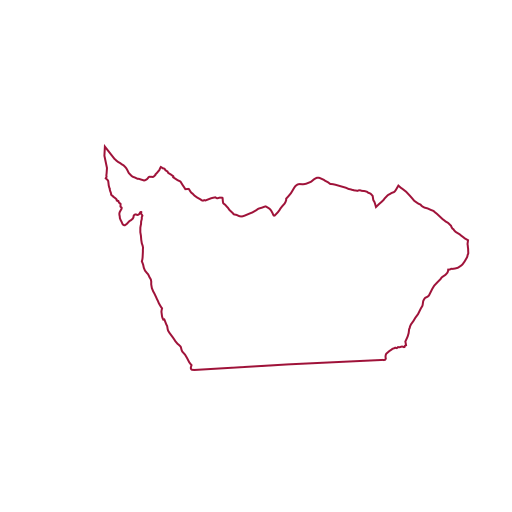 Cuìtiva, Boyacá, Colombia (Natural Earth projection), rotated 29°
{"feature_id": "7082276B99852494117570", "entity_name": "Cuìtiva", "entity_type": "district", "adm_level": 2, "iso_a3": "COL", "parent_name": "Colombia", "parent_adm1": "Boyacá", "projection": "natural_earth1", "projection_center": [-72.954, 5.587], "detail": "fine", "context": "isolated", "style": "outline", "palette": "rose", "viewbox_px": 512, "rotation_deg": 29, "n_neighbors": 0, "source": "geoboundaries", "source_scale": "gbopen_adm2", "svg_char_len": 6139}
<svg xmlns="http://www.w3.org/2000/svg" viewBox="0 0 512 512"><g transform="rotate(29 256 256)"><path d="M440.4,150.9L440.0,150.1L439.6,149.5L438.0,146.8L437.3,145.9L436.0,144.0L435.2,143.0L433.8,139.4L430.0,139.4L428.5,139.1L425.5,138.7L423.6,138.3L420.5,138.2L418.8,138.1L416.8,137.5L415.8,136.9L414.5,136.8L413.3,136.1L412.7,135.7L411.9,135.0L411.6,134.9L410.7,134.7L408.3,134.0L407.3,133.9L405.1,133.9L403.6,133.6L401.3,133.3L397.4,132.3L393.8,131.4L390.7,130.9L389.9,130.6L388.8,130.6L386.9,130.9L383.0,131.2L381.4,131.6L379.9,132.0L377.7,132.0L376.8,131.9L375.9,131.7L375.2,131.3L374.7,131.3L372.8,131.5L371.3,131.4L367.6,131.0L364.5,129.8L361.1,128.6L356.1,127.0L351.6,126.3L349.5,126.1L346.4,125.4L346.3,130.3L346.1,132.1L345.7,133.2L344.0,135.2L343.0,137.0L342.1,138.3L341.7,139.2L340.6,143.3L340.4,145.1L339.6,147.7L338.4,151.0L337.2,155.0L334.6,152.4L333.1,151.1L332.1,150.6L331.4,150.1L328.9,146.9L326.9,146.2L326.1,146.0L324.8,146.0L323.6,146.3L322.1,146.0L320.6,146.3L319.4,146.6L317.0,147.7L315.1,148.1L314.6,148.4L314.0,148.8L313.6,149.3L313.2,149.8L311.7,150.3L309.8,151.1L308.9,151.2L308.3,151.5L306.6,151.8L304.4,152.5L301.7,152.7L300.3,153.0L298.6,153.4L290.8,155.2L288.2,156.0L286.0,157.0L283.2,156.6L279.8,156.7L278.4,156.5L273.7,156.9L272.6,157.3L271.3,158.1L270.5,159.2L269.6,160.7L268.3,164.0L267.9,164.7L264.8,168.5L262.9,170.1L261.9,170.7L259.2,172.0L258.3,172.7L257.8,173.2L257.4,173.8L256.6,175.6L256.4,176.9L256.3,178.3L256.2,181.9L256.1,184.2L255.3,188.4L254.6,191.2L255.3,192.5L255.6,194.4L255.6,195.4L255.6,196.3L254.8,199.8L254.4,202.2L254.3,203.2L254.3,204.4L253.9,207.2L252.8,211.3L252.7,211.6L252.3,211.9L251.9,212.0L251.1,211.6L249.7,210.5L247.3,209.0L246.4,208.6L245.6,208.3L244.7,208.1L243.8,208.0L240.8,207.9L240.3,208.0L239.4,208.9L237.8,210.8L235.5,213.1L234.8,214.1L234.1,215.7L231.7,219.7L230.1,221.6L226.5,226.2L225.3,227.5L224.8,228.0L224.2,228.4L222.9,229.0L221.7,229.3L219.0,229.5L217.2,230.1L216.4,230.3L215.9,230.2L215.1,229.8L210.4,228.6L208.0,227.4L206.9,227.1L204.1,226.1L202.4,225.9L201.6,225.6L200.4,224.1L198.8,221.7L198.5,221.4L198.2,221.4L196.0,222.5L194.5,224.0L194.1,224.3L193.4,224.5L192.0,224.4L190.1,226.0L188.8,227.2L184.8,232.0L183.7,232.2L183.5,232.4L183.1,233.0L182.7,233.3L182.2,233.5L181.5,233.6L181.0,233.6L180.4,233.4L176.2,233.4L172.8,233.0L170.0,232.1L169.7,232.2L168.4,231.9L166.8,231.1L164.9,230.0L164.6,230.0L164.0,230.3L163.5,230.7L161.8,231.8L159.8,230.7L157.4,229.5L154.0,227.6L153.6,227.5L150.6,227.7L145.4,227.3L145.2,226.8L145.2,226.5L144.9,226.3L143.4,226.2L142.1,226.0L139.0,225.9L137.6,225.0L135.2,224.9L134.1,224.2L132.9,224.1L132.0,224.5L130.6,224.3L129.6,224.3L129.6,226.0L129.8,227.5L129.7,228.4L129.4,229.5L129.2,230.9L128.5,233.4L128.7,233.7L128.7,234.0L128.2,235.7L127.5,236.9L126.2,237.4L125.6,237.8L124.8,238.1L124.5,238.3L124.1,238.7L123.8,239.4L123.7,240.4L123.4,241.6L122.8,242.7L122.1,243.7L121.8,244.0L120.9,244.4L120.4,244.4L118.7,244.8L116.1,245.3L115.0,245.9L111.8,246.1L110.2,246.4L109.3,246.4L108.4,246.3L104.5,245.1L103.6,244.5L102.2,243.5L100.1,242.2L98.6,241.6L96.2,240.9L94.2,240.9L92.2,240.6L89.8,240.6L87.3,240.2L86.5,239.9L85.2,239.7L70.8,233.6L74.8,241.8L83.0,251.3L85.2,256.0L86.0,258.0L86.9,259.2L86.9,260.9L89.1,261.4L90.3,262.0L91.0,262.9L93.0,265.7L94.7,267.5L95.4,267.9L95.9,268.8L97.0,269.9L98.2,270.9L99.0,271.7L99.5,272.5L100.3,272.9L100.9,272.9L101.8,273.0L102.2,273.3L104.7,273.6L106.0,273.9L106.8,274.2L107.3,275.0L108.1,275.0L108.9,274.6L110.2,275.7L111.1,275.9L111.7,275.9L112.3,276.1L113.5,278.5L114.1,278.7L114.6,278.7L115.1,278.9L115.5,279.8L115.5,283.5L115.7,284.5L116.0,285.3L116.7,286.4L117.3,287.0L118.7,289.0L120.6,290.5L121.5,291.0L123.3,292.4L124.1,292.9L125.0,293.1L125.8,293.0L126.4,292.7L126.8,291.9L127.4,290.7L128.3,287.1L128.5,286.6L129.3,285.3L130.1,283.1L130.1,282.1L130.0,281.4L129.6,280.4L129.5,279.9L129.6,279.3L129.8,278.8L130.2,278.3L130.7,277.9L131.1,277.8L132.1,277.7L132.4,277.6L133.1,276.9L133.5,276.1L133.6,273.8L133.8,273.5L134.1,273.2L134.4,273.2L134.5,273.4L134.7,274.2L135.1,274.8L135.5,275.0L136.5,275.4L137.1,275.8L137.3,277.4L137.5,277.9L138.1,278.8L138.3,279.5L138.8,281.5L140.0,283.9L140.4,285.3L141.1,287.3L143.3,291.3L145.4,293.9L147.8,297.5L150.0,300.3L151.8,301.9L153.1,303.4L154.0,305.3L155.0,307.1L157.4,312.0L158.1,313.7L158.5,315.0L158.7,315.8L158.8,316.1L159.0,316.3L159.3,316.4L161.5,318.3L163.6,320.7L166.0,322.6L169.2,323.9L170.0,324.1L170.6,324.4L172.0,325.3L172.7,325.9L175.4,327.5L176.8,329.2L178.1,331.6L180.1,334.1L180.8,334.9L181.3,335.2L183.1,336.7L185.2,338.0L188.7,340.5L190.1,341.6L191.9,342.8L193.9,344.4L196.4,345.9L197.8,346.7L199.2,347.3L199.6,348.8L200.3,350.6L202.9,354.1L203.3,354.6L204.6,355.8L205.8,356.6L206.5,355.9L206.8,356.1L210.8,359.4L212.2,360.3L212.7,360.9L214.2,362.8L215.3,363.9L217.4,365.1L222.9,367.6L225.3,368.8L226.7,369.6L230.1,370.9L231.0,371.0L231.9,371.2L234.0,371.8L234.8,372.5L236.4,374.2L237.8,375.3L241.8,376.7L245.2,378.7L247.9,380.5L249.1,381.3L251.1,382.2L252.5,382.7L253.1,385.2L253.6,386.0L254.2,386.4L254.8,386.6L255.5,386.4L257.3,385.6L337.0,335.0L417.3,285.4L418.2,285.1L419.2,284.2L419.3,283.4L419.2,282.7L418.2,281.5L417.8,280.6L417.5,279.8L417.3,278.7L417.4,278.1L418.7,274.5L420.0,272.0L420.3,271.1L420.9,270.4L421.6,269.7L422.2,268.7L423.0,268.6L423.4,268.5L423.8,268.3L424.4,266.8L425.3,266.5L425.9,266.1L427.2,264.7L428.3,264.1L428.9,264.1L429.5,264.0L429.8,263.8L430.0,263.6L429.8,262.5L429.9,262.1L430.5,261.3L428.1,258.4L427.8,254.3L427.6,252.6L426.9,249.5L426.2,247.7L425.4,245.8L425.3,244.2L424.9,243.2L424.8,242.2L424.7,240.6L425.2,236.5L425.3,232.8L425.9,228.3L425.7,224.1L425.6,221.7L425.7,219.1L425.5,218.1L424.1,214.4L424.0,212.6L424.1,211.3L424.3,210.5L425.8,208.4L426.4,206.7L426.1,199.4L426.2,196.4L426.3,195.3L427.4,191.0L428.6,186.7L428.7,185.3L428.9,184.5L429.3,183.6L430.8,180.7L431.3,178.7L431.5,177.6L431.2,175.9L430.7,174.7L431.9,174.0L432.7,173.0L432.9,172.6L434.4,171.8L436.2,170.4L438.1,168.6L438.5,168.0L440.0,165.1L440.4,164.1L440.7,163.1L440.9,161.4L441.1,159.7L441.2,154.9L441.0,153.7L440.6,152.6L440.5,151.5L440.4,150.9Z" fill="none" stroke="#9f1239" stroke-width="2"/></g></svg>